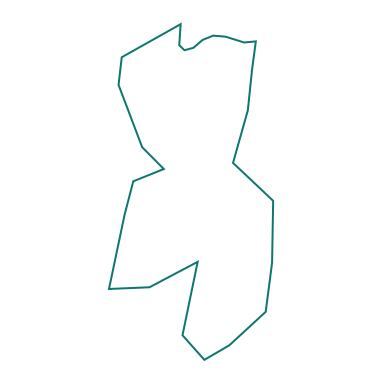 the border of Salaspils, rotated 271°
{"feature_id": "LVA-5775", "entity_name": "Salaspils", "entity_type": "Municipality", "adm_level": 1, "iso_a3": "LVA", "parent_name": "Latvia", "parent_adm1": "", "projection": "natural_earth1", "projection_center": [24.344, 56.878], "detail": "fine", "context": "isolated", "style": "outline", "palette": "teal", "viewbox_px": 384, "rotation_deg": 271, "n_neighbors": 0, "source": "natural_earth", "source_scale": "10m", "svg_char_len": 496}
<svg xmlns="http://www.w3.org/2000/svg" viewBox="0 0 384 384"><g transform="rotate(271 192 192)"><path d="M122.3,198.9L96.0,151.1L93.6,110.7L167.6,124.9L201.7,133.1L214.5,163.4L235.9,141.4L297.8,116.7L325.5,119.4L359.6,177.7L338.6,176.7L333.6,182.0L336.2,190.9L344.2,199.9L348.7,210.4L347.9,222.7L342.4,241.5L343.7,253.2L315.4,249.9L274.6,246.4L221.8,232.5L184.6,273.3L122.7,273.3L73.5,267.8L39.4,232.0L24.4,207.3L48.6,185.0L122.3,198.9Z" fill="none" stroke="#0f766e" stroke-width="2"/></g></svg>